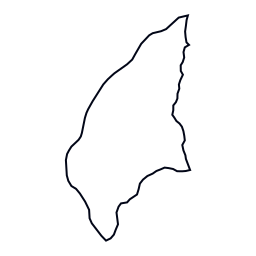 Ouro Velho, Paraíba, Brazil
{"feature_id": "56859067B95037000270346", "entity_name": "Ouro Velho", "entity_type": "district", "adm_level": 2, "iso_a3": "BRA", "parent_name": "Brazil", "parent_adm1": "Paraíba", "projection": "natural_earth1", "projection_center": [-37.127, -7.609], "detail": "fine", "context": "isolated", "style": "outline", "palette": "ink", "viewbox_px": 256, "rotation_deg": 0, "n_neighbors": 0, "source": "geoboundaries", "source_scale": "gbopen_adm2", "svg_char_len": 1226}
<svg xmlns="http://www.w3.org/2000/svg" viewBox="0 0 256 256"><path d="M187.9,15.4L178.7,17.6L166.1,29.1L161.1,31.2L152.7,33.2L149.2,35.3L141.2,43.8L135.3,54.0L132.2,59.6L127.1,64.3L114.4,73.3L111.8,75.6L107.9,79.2L103.3,84.4L92.7,101.1L88.2,109.1L86.5,112.8L84.9,118.0L81.9,132.9L80.8,136.5L78.6,139.8L71.4,146.6L68.9,150.6L67.1,154.0L65.9,160.1L66.8,175.4L68.3,180.8L71.4,186.0L76.1,188.9L79.9,193.5L85.1,201.6L89.1,209.8L89.6,218.3L91.8,223.3L101.4,235.8L106.0,240.6L110.6,238.4L113.9,234.6L115.6,230.0L118.0,224.3L116.5,212.5L118.6,206.6L121.0,203.4L127.1,202.4L129.8,199.3L133.4,196.9L137.0,194.5L138.6,189.3L139.9,183.6L143.0,179.6L147.4,176.0L152.7,173.6L156.4,171.0L160.3,169.5L164.6,167.6L168.7,168.1L173.1,169.0L177.1,171.2L181.9,171.3L185.8,171.0L190.1,170.0L188.5,165.8L185.9,158.9L185.4,155.3L183.4,150.3L182.3,145.0L184.8,140.4L184.3,136.0L183.4,131.1L181.9,126.7L179.5,123.5L176.4,121.0L174.3,117.6L172.3,114.8L173.3,110.2L173.3,105.4L175.9,102.2L177.4,98.5L177.5,93.7L179.3,88.7L178.9,84.5L180.3,80.2L182.9,74.7L180.8,71.0L180.7,65.3L182.7,62.1L184.2,57.5L183.5,52.1L184.8,47.4L189.0,44.9L186.5,42.4L185.6,37.1L185.1,31.5L185.9,25.9L186.6,20.0L187.9,15.4Z" fill="none" stroke="#020617" stroke-width="2"/></svg>